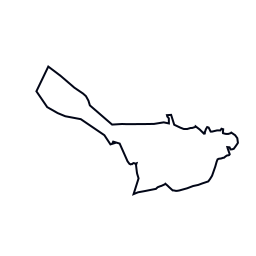 Wurno, Sokoto, Nigeria, rotated 213°
{"feature_id": "59680162B797578221173", "entity_name": "Wurno", "entity_type": "district", "adm_level": 2, "iso_a3": "NGA", "parent_name": "Nigeria", "parent_adm1": "Sokoto", "projection": "mercator", "projection_center": [5.455, 13.242], "detail": "fine", "context": "isolated", "style": "outline", "palette": "ink", "viewbox_px": 256, "rotation_deg": 213, "n_neighbors": 0, "source": "geoboundaries", "source_scale": "gbopen_adm2", "svg_char_len": 1754}
<svg xmlns="http://www.w3.org/2000/svg" viewBox="0 0 256 256"><g transform="rotate(213 128 128)"><path d="M40.7,177.6L42.6,176.4L43.6,176.0L45.5,175.4L46.2,176.2L46.5,176.9L47.5,178.8L49.2,178.3L49.2,176.3L52.0,174.5L55.6,170.7L56.7,170.0L60.6,172.3L62.1,171.9L62.0,169.3L61.5,167.5L61.5,166.2L60.9,165.9L60.6,165.2L61.2,164.6L67.0,165.8L72.2,166.2L72.0,165.7L74.1,163.1L75.6,162.0L77.9,159.3L80.8,157.5L84.3,156.8L91.0,155.9L99.0,162.5L102.3,160.0L101.7,159.5L101.3,159.0L100.4,158.8L99.0,158.3L96.2,154.1L101.1,152.2L108.4,145.6L115.4,140.9L130.9,130.7L135.2,128.1L143.2,122.2L172.3,126.2L176.1,129.4L180.6,131.8L184.5,132.4L194.9,132.6L212.8,135.0L228.3,136.1L224.8,108.9L207.1,101.5L195.1,102.2L187.0,103.7L172.4,109.7L143.9,109.1L133.8,104.7L131.2,107.8L132.9,107.7L133.0,108.5L126.5,110.4L110.2,99.8L107.2,98.7L107.0,98.8L106.0,98.9L105.6,99.5L104.9,99.9L104.8,100.4L104.5,101.2L104.0,101.8L103.4,101.8L102.6,102.0L102.1,102.5L101.6,103.1L101.1,101.3L96.6,95.9L95.5,94.7L91.7,91.5L87.3,75.6L84.6,79.5L79.2,84.6L71.4,92.2L70.9,94.4L69.2,96.8L68.5,97.6L66.4,100.9L66.3,101.6L63.4,101.2L61.5,100.8L56.5,100.0L55.8,100.5L53.5,101.4L53.1,101.7L52.4,102.2L51.0,103.5L47.2,107.8L45.6,109.6L41.8,114.8L38.1,118.5L35.5,122.0L31.6,126.9L31.4,130.0L31.5,133.8L33.8,143.2L35.3,148.0L35.8,150.5L35.6,150.8L35.5,151.0L35.4,151.2L35.2,151.4L35.2,151.5L34.7,152.0L34.2,152.4L33.5,152.9L33.3,153.3L32.8,153.7L32.7,153.9L32.5,154.2L32.2,154.6L32.0,154.8L31.4,155.2L31.3,155.4L30.7,157.3L30.0,158.9L29.3,159.5L28.8,159.9L28.5,160.3L28.4,160.9L28.4,161.4L33.2,165.1L34.3,166.1L32.3,167.1L30.3,165.9L29.1,166.8L28.0,168.1L27.8,171.3L27.7,175.1L27.8,175.5L30.8,179.0L34.2,180.3L38.9,180.4L39.1,179.6L40.7,177.6Z" fill="none" stroke="#020617" stroke-width="2"/></g></svg>